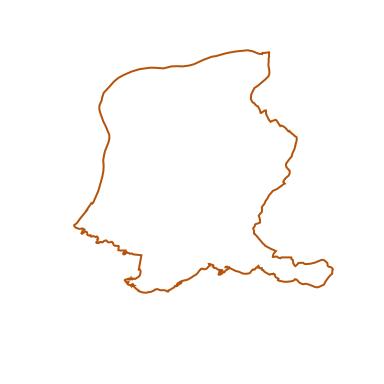 the district of Pedraza, Magdalena, Colombia, rotated 69°
{"feature_id": "7082276B4621695095776", "entity_name": "Pedraza", "entity_type": "district", "adm_level": 2, "iso_a3": "COL", "parent_name": "Colombia", "parent_adm1": "Magdalena", "projection": "equal_earth", "projection_center": [-74.79, 10.149], "detail": "fine", "context": "isolated", "style": "outline", "palette": "amber", "viewbox_px": 384, "rotation_deg": 69, "n_neighbors": 0, "source": "geoboundaries", "source_scale": "gbopen_adm2", "svg_char_len": 6036}
<svg xmlns="http://www.w3.org/2000/svg" viewBox="0 0 384 384"><g transform="rotate(69 192 192)"><path d="M59.0,219.5L60.9,225.3L64.0,231.1L67.7,238.8L71.6,242.0L74.0,243.4L77.9,247.3L81.2,248.8L85.1,249.3L94.3,249.5L99.6,249.0L109.0,248.7L112.5,250.0L116.0,252.4L122.8,258.7L126.4,261.1L130.5,263.5L135.9,265.1L140.8,267.3L146.0,270.5L157.2,278.9L166.0,287.5L167.1,289.3L166.3,289.9L171.3,297.1L171.5,296.8L176.3,305.3L179.7,310.5L180.8,314.0L182.0,314.0L183.9,313.1L186.1,310.4L186.8,307.3L188.4,305.8L188.7,305.9L188.4,307.1L188.8,307.9L191.0,310.0L191.6,309.6L190.8,306.6L190.9,305.4L191.7,304.6L193.2,304.6L194.1,305.1L195.1,304.6L195.6,304.1L195.9,302.2L197.2,302.4L197.7,301.8L197.7,300.3L198.1,299.5L199.4,298.2L199.4,296.9L200.2,296.3L201.1,296.6L201.6,296.2L202.0,296.3L202.4,297.4L203.4,297.4L204.1,297.8L204.3,299.0L204.7,299.4L205.3,299.3L205.7,298.8L205.8,298.0L206.1,297.5L206.2,296.6L205.7,295.9L206.1,294.7L206.8,294.1L206.8,293.0L206.5,292.7L206.3,292.1L206.2,290.0L206.4,289.5L207.2,289.0L208.5,288.7L209.1,288.0L209.7,286.0L209.7,284.8L210.8,284.1L212.9,284.1L214.3,283.7L216.1,279.9L216.6,279.9L219.9,281.6L220.9,280.0L222.8,274.9L223.6,275.2L223.8,276.9L224.8,278.4L225.6,278.3L225.9,277.8L226.0,277.0L225.0,274.2L225.8,273.8L226.5,272.7L227.4,272.2L227.8,270.2L229.0,269.5L232.9,261.9L245.4,269.5L245.8,268.4L247.2,268.3L248.4,268.7L251.2,270.6L251.8,271.6L252.1,272.7L252.8,276.3L252.1,277.3L252.1,278.9L251.6,278.8L251.7,279.3L251.2,279.5L251.6,280.8L251.5,281.1L250.9,280.8L251.3,281.4L251.1,282.2L250.6,283.3L250.2,282.9L250.0,286.0L250.2,286.3L251.1,286.0L251.8,286.2L252.7,285.3L253.1,284.7L253.0,284.0L253.3,283.6L253.7,284.3L253.3,285.2L253.6,285.4L253.9,285.1L254.3,285.3L254.7,284.8L255.7,284.7L256.4,283.4L257.1,282.8L257.0,281.6L257.3,282.6L257.6,282.5L257.3,282.4L257.5,282.0L257.8,282.3L258.2,282.2L257.9,281.8L258.3,281.0L258.1,280.8L257.8,281.5L257.3,281.0L257.0,281.5L256.5,280.5L256.9,280.1L258.3,280.0L258.6,279.6L258.7,280.9L259.1,280.2L260.8,279.6L261.6,279.0L261.9,279.1L263.8,277.8L264.6,277.9L265.1,276.8L265.8,276.9L268.0,274.2L269.6,271.0L269.9,269.5L269.8,269.0L270.0,268.5L269.9,268.0L270.3,267.2L270.5,265.6L270.3,262.5L269.8,261.8L270.1,260.8L270.0,259.5L272.7,256.2L273.2,254.1L274.7,251.7L275.8,251.0L276.4,250.0L276.1,249.5L275.8,249.6L275.4,249.2L275.5,248.4L275.3,247.9L275.4,246.9L274.9,245.1L274.8,243.4L273.6,241.4L273.8,241.0L274.3,240.8L274.4,239.2L274.2,239.0L272.7,239.2L273.8,239.0L273.6,238.6L273.6,236.9L273.1,235.5L273.3,235.1L272.3,233.9L271.8,234.0L272.7,238.8L272.4,238.5L272.4,238.1L272.2,238.1L272.0,236.4L271.6,235.6L271.5,232.8L271.8,231.2L271.7,230.8L272.0,230.1L272.3,226.8L272.0,226.0L271.6,223.0L271.0,220.9L270.7,218.4L270.4,217.7L270.3,216.9L268.7,214.2L268.1,213.5L267.7,212.6L267.7,212.1L267.1,211.4L267.2,210.9L267.1,209.9L268.4,208.5L268.9,207.4L268.7,205.3L267.7,203.7L267.1,201.6L266.3,201.1L266.1,202.0L265.2,202.1L265.2,201.7L268.0,198.4L268.8,198.5L268.8,199.1L269.1,199.4L270.8,198.5L271.3,197.8L271.5,197.0L273.9,195.4L275.9,191.7L276.6,191.8L277.1,192.6L276.4,193.2L276.3,194.2L275.5,194.1L275.6,194.7L277.7,195.9L278.2,196.7L278.8,196.6L279.3,195.1L278.8,194.5L278.9,194.1L278.5,194.1L278.9,193.5L278.7,193.1L278.1,193.1L278.0,192.8L278.4,192.2L278.2,191.6L278.5,190.6L278.1,190.1L277.3,188.5L276.6,185.4L276.7,184.7L275.9,185.0L274.7,186.4L274.3,187.7L274.0,187.5L273.9,186.9L274.3,186.0L275.7,184.6L275.7,184.1L276.5,184.0L281.3,179.6L283.1,177.0L286.3,173.8L287.6,171.3L288.5,167.5L288.1,166.5L286.6,164.2L286.5,163.0L286.2,162.8L286.4,161.9L286.7,161.9L286.8,161.4L286.3,160.1L285.7,159.4L286.0,157.5L285.7,157.3L285.6,157.6L285.1,157.5L284.9,156.7L285.4,156.8L285.7,156.3L287.3,156.2L287.8,155.6L288.1,154.1L289.9,154.5L290.6,153.3L291.7,153.4L292.6,152.8L296.7,149.4L297.0,149.2L296.8,148.3L297.4,146.4L297.3,145.3L297.6,145.1L297.9,145.3L298.1,144.6L298.6,144.3L301.0,144.6L301.7,144.3L303.9,142.3L304.4,142.6L304.8,143.4L305.2,143.4L306.1,142.4L308.3,139.0L309.6,136.4L310.3,133.8L311.0,131.0L311.1,129.6L310.9,127.9L310.3,127.1L311.5,125.6L314.9,124.3L317.2,122.4L318.0,121.1L318.3,118.9L318.8,118.0L321.1,115.1L324.5,111.5L325.8,109.6L326.1,107.7L325.8,102.5L325.6,101.8L323.9,100.1L321.5,96.6L319.7,93.5L318.8,91.4L318.8,90.9L318.4,90.4L315.0,88.8L314.9,88.3L313.7,88.3L312.6,88.8L311.9,89.4L310.8,91.0L309.8,91.7L308.7,91.7L308.1,91.4L306.7,91.1L303.4,92.8L302.3,94.1L301.8,95.4L302.0,102.2L301.4,107.1L300.1,111.6L299.4,112.7L297.8,113.8L296.4,118.1L297.5,119.9L298.2,122.1L297.3,122.6L294.3,123.0L292.5,122.3L291.4,122.3L290.4,123.2L288.7,122.7L285.2,131.7L285.1,132.2L285.6,133.1L284.4,134.8L282.7,135.8L281.6,139.8L280.5,139.3L278.8,137.8L277.2,134.8L273.2,138.8L268.5,142.9L266.9,143.4L265.7,144.2L255.9,147.5L254.7,148.2L253.1,148.6L252.9,149.0L250.4,148.0L247.7,147.9L246.5,145.7L245.2,144.9L244.8,144.3L245.0,139.6L244.6,139.2L241.3,138.3L238.1,138.2L237.4,137.4L235.6,133.9L233.2,132.7L232.0,132.6L230.9,131.9L228.8,128.4L227.0,126.8L225.0,123.8L222.7,121.3L219.9,116.0L219.7,111.8L218.0,105.2L217.2,102.9L217.3,102.4L215.2,103.2L214.0,101.8L212.7,99.9L211.3,95.9L210.6,95.1L209.2,93.9L207.0,93.3L202.6,95.0L199.8,94.4L198.8,93.3L196.6,90.0L194.6,86.4L193.9,85.7L191.9,84.4L188.6,80.9L186.0,79.2L185.5,78.5L184.5,78.3L183.0,76.9L179.8,75.0L178.1,74.8L176.3,76.2L175.4,76.5L172.3,78.3L169.9,79.2L170.1,80.2L165.6,81.8L163.4,83.3L161.9,84.9L162.1,86.0L155.3,87.5L154.6,88.1L154.4,91.7L154.6,93.5L151.8,94.4L145.4,94.9L143.2,93.9L142.2,93.9L142.2,95.9L143.0,99.2L142.7,99.6L139.9,99.3L135.8,99.7L135.4,100.3L133.3,101.6L131.4,102.0L130.2,103.1L128.9,103.5L126.0,103.7L122.1,101.7L117.3,96.5L116.3,92.1L113.0,82.8L111.2,78.9L108.7,77.1L105.2,76.0L102.3,75.6L99.9,74.8L97.4,73.5L95.2,72.8L93.3,71.6L89.2,70.0L87.9,75.4L87.4,76.4L88.4,77.1L86.8,80.2L82.2,85.1L79.6,89.3L76.4,101.1L75.1,107.8L74.5,112.2L73.7,120.9L72.8,124.9L72.7,133.8L73.4,144.4L73.0,148.9L71.4,155.7L69.1,161.1L67.3,166.4L66.4,174.3L62.5,182.6L60.9,186.7L58.5,197.2L57.9,205.3L58.3,213.8L59.0,219.5Z" fill="none" stroke="#b45309" stroke-width="2"/></g></svg>